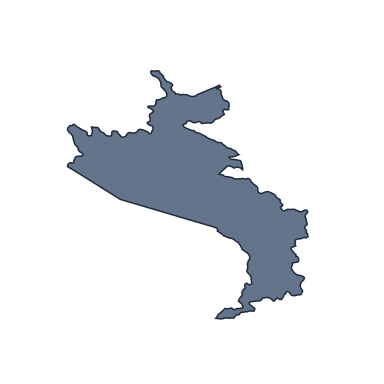 outline of Macarani, Bahia, Brazil, rotated 291°
{"feature_id": "56859067B98841260040337", "entity_name": "Macarani", "entity_type": "district", "adm_level": 2, "iso_a3": "BRA", "parent_name": "Brazil", "parent_adm1": "Bahia", "projection": "equal_earth", "projection_center": [-40.385, -15.539], "detail": "fine", "context": "isolated", "style": "filled", "palette": "slate", "viewbox_px": 384, "rotation_deg": 291, "n_neighbors": 0, "source": "geoboundaries", "source_scale": "gbopen_adm2", "svg_char_len": 6076}
<svg xmlns="http://www.w3.org/2000/svg" viewBox="0 0 384 384"><g transform="rotate(291 192 192)"><path d="M82.5,259.4L83.2,261.7L83.7,264.1L84.9,266.4L86.2,267.9L87.3,270.8L87.7,272.8L88.7,273.8L89.1,276.1L93.0,277.4L94.4,280.0L97.1,280.6L98.0,282.7L99.6,285.3L100.1,286.9L101.2,287.6L102.4,290.6L102.9,292.5L105.7,292.5L107.7,286.1L109.0,285.0L110.6,286.1L115.2,295.0L118.5,296.2L119.2,297.9L120.3,299.3L120.8,301.3L120.7,303.8L119.3,307.1L120.5,308.4L122.3,308.6L123.7,309.5L123.1,311.7L123.7,314.2L126.9,314.8L129.4,314.7L130.3,315.8L133.1,316.1L133.4,318.0L132.6,319.9L131.5,321.2L131.2,322.7L132.1,325.2L133.8,327.6L135.2,330.5L139.1,330.9L140.0,329.9L141.2,328.0L143.8,326.3L147.3,326.4L150.0,327.8L152.2,327.8L152.9,325.8L153.0,324.2L152.3,319.5L152.9,317.3L154.1,314.8L155.8,312.7L157.3,311.6L159.5,312.0L161.8,311.1L164.3,315.5L165.9,316.3L167.2,316.0L169.3,314.0L169.4,311.9L170.7,311.6L171.4,309.7L173.6,305.8L175.0,304.4L176.3,305.3L178.9,308.2L179.9,306.8L181.9,306.8L182.7,305.8L184.0,305.8L185.7,306.8L187.1,309.9L188.4,311.5L189.6,312.5L190.1,315.0L191.9,316.4L193.2,315.4L194.4,314.7L194.9,313.1L196.2,313.1L197.6,312.2L198.4,310.1L199.9,309.7L201.3,310.4L203.0,311.1L204.6,310.2L206.0,309.0L207.3,308.6L208.3,307.4L210.3,306.3L211.8,306.1L213.6,307.1L215.4,307.0L216.1,305.5L215.5,303.7L214.5,302.8L213.5,302.1L212.5,300.7L212.3,298.5L212.3,296.5L212.6,294.0L211.6,291.5L210.8,289.6L210.0,287.3L208.9,286.5L207.9,285.4L207.2,283.7L207.7,282.3L209.4,279.9L210.6,281.1L212.5,281.4L213.6,279.1L214.4,277.7L216.0,277.5L216.6,276.3L216.7,274.7L217.4,272.7L218.8,270.9L219.4,268.6L219.7,264.3L219.5,262.5L218.9,261.3L217.7,259.8L215.5,257.6L215.2,254.8L216.4,253.2L217.6,252.6L219.5,251.9L220.5,250.3L221.0,248.5L221.6,246.2L222.6,243.7L223.8,242.7L224.9,240.5L224.6,238.8L223.3,238.1L223.0,235.5L222.4,233.7L221.6,232.1L220.6,230.2L220.1,228.6L219.4,226.9L219.9,224.6L219.3,220.9L218.7,218.8L218.2,216.8L219.0,214.8L218.5,212.5L218.3,210.7L229.0,215.8L229.7,217.9L229.9,219.6L229.3,222.6L230.9,224.1L231.6,225.7L231.8,227.8L231.6,229.7L230.9,231.3L232.3,231.0L233.6,229.8L235.3,229.0L236.6,227.9L237.7,227.2L238.7,225.7L238.2,223.7L237.9,221.4L237.2,218.9L236.5,216.9L236.9,215.2L238.1,214.0L238.9,216.3L239.9,218.3L243.6,222.4L244.0,220.8L245.2,219.2L246.0,217.1L245.9,214.8L246.4,212.7L246.1,210.4L246.1,208.2L247.1,206.0L247.4,203.9L248.3,202.8L248.5,200.9L247.5,198.8L247.6,196.1L248.3,193.8L247.8,191.9L248.0,187.9L248.9,183.8L249.1,181.2L249.4,179.2L249.4,177.1L249.0,174.3L250.0,171.9L249.5,170.2L249.4,168.1L249.4,164.5L249.7,162.4L250.2,160.6L251.6,159.5L252.7,160.5L253.8,162.0L255.6,161.9L256.8,162.6L257.5,164.2L257.6,165.8L257.2,168.4L258.0,170.5L259.4,171.9L260.5,173.8L260.1,175.2L259.3,176.4L260.3,178.1L260.9,179.4L261.7,180.9L262.3,182.5L262.9,184.5L264.1,186.0L265.7,187.0L267.3,187.3L268.6,188.0L269.5,189.6L271.5,191.5L273.3,192.3L276.1,194.4L277.1,193.2L278.8,191.9L280.9,192.5L281.2,195.4L282.1,196.8L283.2,196.1L285.0,196.0L288.3,194.6L288.9,193.4L289.5,191.9L289.2,189.6L290.1,187.3L291.6,186.4L292.7,185.1L295.2,183.5L296.6,183.0L297.3,181.9L297.7,180.1L297.1,178.4L298.0,177.3L299.3,177.3L284.4,161.6L283.0,161.1L282.1,159.7L281.4,158.4L280.8,156.5L281.0,152.3L280.3,150.8L280.0,148.9L279.1,147.4L278.4,145.8L278.6,144.0L277.5,141.7L278.9,140.2L279.0,138.5L279.5,136.7L280.6,136.2L282.0,135.1L284.9,135.6L286.0,134.0L286.3,132.0L286.1,129.3L286.8,127.2L287.8,126.0L288.7,124.0L289.9,123.9L291.6,119.6L292.8,118.6L293.1,117.1L291.8,114.3L291.1,112.6L290.7,110.8L289.5,110.3L288.0,111.3L286.6,113.6L286.6,116.5L286.5,118.3L285.6,120.7L283.9,122.8L282.7,123.7L281.1,124.5L279.2,125.6L277.3,129.8L276.5,131.3L275.2,132.7L273.8,133.7L272.6,133.9L271.5,133.7L270.4,132.9L269.4,131.0L267.8,130.0L266.9,128.8L265.9,127.1L265.2,125.9L263.5,125.9L261.8,126.5L259.9,126.5L258.6,125.5L257.7,124.1L257.1,121.8L256.1,120.1L255.1,120.9L255.1,122.6L254.8,124.8L253.5,127.2L251.8,126.4L250.4,125.3L248.7,124.6L246.7,125.5L245.2,126.9L243.6,127.4L242.2,126.7L241.3,125.5L240.0,125.8L239.4,127.3L239.2,128.9L239.3,131.2L237.9,132.8L236.2,133.1L234.3,132.8L232.5,132.9L231.1,131.7L231.7,130.1L232.3,128.8L232.3,126.4L232.6,124.5L232.2,122.4L231.7,120.6L230.7,119.7L228.7,119.2L227.1,118.0L225.8,116.0L225.5,114.1L225.1,112.1L223.5,110.7L220.7,110.3L219.1,109.0L218.0,107.2L218.8,105.2L220.0,102.7L221.6,100.4L221.3,97.9L220.4,96.1L219.0,95.7L217.1,96.5L215.6,96.4L214.4,94.7L214.1,92.5L214.3,90.9L215.1,89.2L215.6,87.8L215.5,86.2L216.3,83.9L217.8,82.4L218.5,80.9L217.8,79.5L217.4,77.4L216.6,74.8L213.6,77.2L212.2,77.3L210.5,77.7L208.8,77.8L208.0,76.7L207.2,74.9L207.8,73.6L209.1,73.3L210.1,72.5L210.6,70.7L210.7,68.5L210.9,66.2L211.2,64.4L211.6,62.5L211.9,60.0L213.0,58.3L212.5,56.9L211.1,56.4L210.2,54.2L208.8,53.7L207.3,53.1L205.7,53.3L204.3,54.8L203.5,56.4L203.0,57.8L202.3,59.3L201.4,60.5L197.7,63.0L195.2,65.0L194.1,66.3L193.3,68.1L192.2,69.8L190.8,70.6L189.4,72.3L189.1,74.7L188.6,76.2L187.3,77.0L185.7,75.7L184.6,72.6L183.3,71.0L182.0,70.6L180.6,70.6L179.1,70.4L177.3,71.0L176.2,70.2L175.6,67.6L174.0,66.5L172.1,66.2L171.0,67.1L169.7,75.0L159.4,127.6L165.3,202.1L166.9,221.6L167.2,227.8L166.2,229.6L164.6,229.6L164.2,231.9L163.6,233.5L163.6,235.1L162.5,236.9L162.4,243.1L162.8,245.1L162.9,247.4L161.8,250.6L161.5,253.3L160.3,254.8L159.5,256.1L157.9,258.0L156.2,259.5L156.0,261.6L155.4,263.2L155.0,265.0L154.2,267.1L152.5,269.0L150.5,269.6L149.4,269.8L148.1,269.2L146.6,269.5L144.6,269.4L142.5,270.7L139.9,271.4L138.6,271.4L137.4,271.8L136.0,274.0L135.3,275.9L133.5,277.7L130.8,279.0L129.2,280.0L127.6,280.6L125.9,279.1L126.1,277.5L126.5,275.6L125.3,274.7L123.7,274.6L122.3,275.6L120.7,276.0L119.7,275.0L117.9,274.7L115.9,274.6L114.2,275.8L112.5,275.5L110.6,274.8L108.1,274.4L106.6,274.5L106.1,276.7L105.2,278.7L102.7,281.1L101.7,280.5L100.9,279.1L100.0,277.8L99.4,275.8L98.4,274.8L97.4,274.3L97.2,272.4L97.9,270.7L97.1,269.1L96.1,268.1L95.6,266.6L95.1,264.6L94.0,264.0L92.8,263.7L87.2,260.5L85.4,260.1L83.9,259.9L82.5,259.4ZM299.3,177.3L299.0,179.6L300.5,181.2L301.5,179.2L299.3,177.3Z" fill="#64748b" stroke="#1e293b" stroke-width="1.5"/></g></svg>